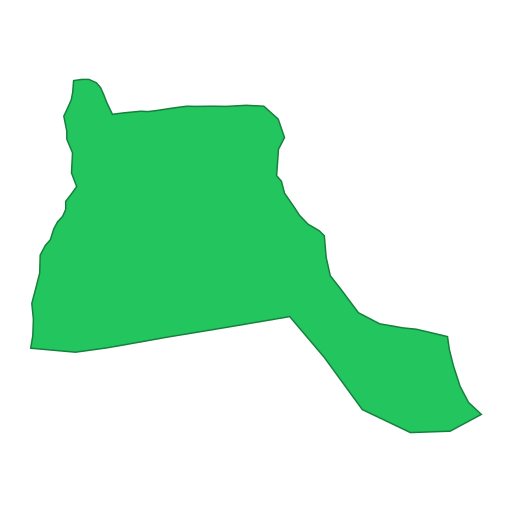 Khartoum, Khartoum, Sudan
{"feature_id": "16777658B94119143973525", "entity_name": "Khartoum", "entity_type": "district", "adm_level": 2, "iso_a3": "SDN", "parent_name": "Sudan", "parent_adm1": "Khartoum", "projection": "albers", "projection_center": [32.553, 15.552], "detail": "fine", "context": "isolated", "style": "filled", "palette": "green", "viewbox_px": 512, "rotation_deg": 0, "n_neighbors": 0, "source": "geoboundaries", "source_scale": "gbopen_adm2", "svg_char_len": 1099}
<svg xmlns="http://www.w3.org/2000/svg" viewBox="0 0 512 512"><path d="M73.6,80.6L72.7,92.3L71.2,100.0L67.8,107.6L63.8,116.2L66.8,131.1L66.8,139.2L72.5,152.8L71.5,173.0L74.0,179.6L76.7,186.6L70.4,195.3L65.7,201.3L65.7,209.4L62.6,216.4L57.5,221.9L53.8,228.9L50.3,239.8L45.4,245.3L40.2,255.1L39.7,273.0L35.5,289.4L33.6,296.5L31.8,303.5L33.4,319.3L32.8,335.6L30.7,348.2L48.5,349.8L75.5,352.2L106.7,347.9L127.8,344.2L165.1,337.5L226.8,327.3L289.7,316.6L324.2,357.3L362.3,409.6L410.4,432.6L430.0,431.9L450.1,431.2L481.3,414.4L468.5,402.4L460.1,386.4L453.3,365.4L449.3,349.3L447.5,336.6L416.2,329.2L403.1,327.9L379.6,323.8L358.4,312.7L352.5,304.8L340.6,288.9L330.3,275.8L326.2,257.6L324.3,235.8L319.3,230.8L308.0,224.2L299.4,215.2L295.0,208.4L284.5,193.1L281.4,181.2L276.6,175.7L278.5,149.2L284.5,137.6L278.2,119.1L263.8,106.2L246.2,105.3L226.3,106.4L211.7,106.2L195.8,106.4L186.9,106.2L179.0,107.2L171.8,108.2L156.8,110.5L147.9,111.6L141.0,111.2L124.2,112.8L112.4,114.3L106.8,102.6L103.6,94.4L100.6,87.7L96.4,82.8L88.9,79.4L82.1,79.4L73.6,80.6Z" fill="#22c55e" stroke="#15803d" stroke-width="1.5"/></svg>